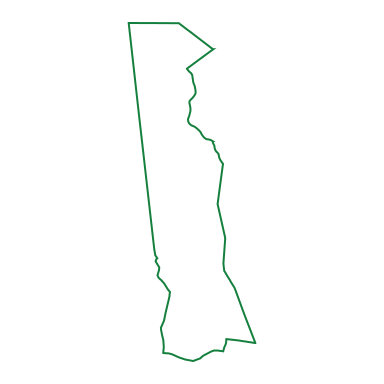 Abu Hamad, River Nile, Sudan
{"feature_id": "16777658B63373210852762", "entity_name": "Abu Hamad", "entity_type": "district", "adm_level": 2, "iso_a3": "SDN", "parent_name": "Sudan", "parent_adm1": "River Nile", "projection": "orthographic", "projection_center": [33.396, 20.198], "detail": "fine", "context": "isolated", "style": "outline", "palette": "green", "viewbox_px": 384, "rotation_deg": 0, "n_neighbors": 0, "source": "geoboundaries", "source_scale": "gbopen_adm2", "svg_char_len": 2259}
<svg xmlns="http://www.w3.org/2000/svg" viewBox="0 0 384 384"><path d="M213.3,49.2L212.9,49.2L192.9,33.9L192.7,33.7L186.8,29.3L178.8,23.2L178.2,23.2L177.0,23.2L174.9,23.2L157.5,23.1L128.7,23.0L128.7,23.3L128.9,24.8L139.4,118.7L142.1,142.2L154.3,249.6L155.3,255.3L157.3,258.3L156.4,259.1L155.6,261.3L159.2,267.3L159.1,269.7L157.5,275.4L158.7,277.9L161.3,280.2L164.2,283.5L168.0,289.6L170.0,292.0L169.5,295.0L169.6,295.8L168.5,300.6L165.5,313.2L165.2,314.8L164.0,320.7L160.9,327.8L161.1,330.0L162.2,335.6L163.3,340.0L163.8,347.1L163.4,351.0L163.2,352.9L163.8,353.1L168.7,353.4L172.1,354.3L178.9,357.4L185.2,359.5L193.1,361.0L200.2,358.4L202.9,355.9L211.0,351.6L214.0,350.5L217.4,350.5L223.2,351.3L223.5,350.1L223.7,349.6L223.9,348.7L224.0,348.2L224.9,345.9L225.5,344.8L226.0,343.1L226.3,340.6L226.3,339.7L226.4,339.1L238.0,340.4L238.7,340.5L251.9,342.5L253.4,342.8L255.3,343.0L255.3,342.9L255.2,342.6L245.2,316.7L242.7,310.0L235.8,291.1L235.7,290.8L234.8,288.5L234.3,287.4L230.9,282.0L230.4,281.1L230.0,280.2L227.4,276.2L225.0,272.0L224.6,271.5L224.3,271.1L224.2,270.7L223.6,265.3L223.4,263.6L223.8,258.0L225.1,240.0L225.2,237.9L219.9,214.3L217.6,204.1L219.7,188.3L223.0,163.8L222.5,163.2L222.1,162.7L220.4,160.1L219.4,158.0L219.0,156.6L218.8,155.2L218.5,154.1L217.9,153.2L217.3,152.5L216.2,151.5L215.7,150.6L215.1,149.6L214.7,148.3L214.5,146.8L214.3,145.5L214.0,144.9L213.6,144.2L213.1,143.3L212.9,141.9L212.2,141.0L212.3,141.0L211.7,140.6L211.4,140.4L211.2,140.3L210.1,139.8L209.0,139.5L207.3,139.3L206.1,139.0L206.0,138.9L205.1,138.3L204.3,137.7L204.1,137.5L202.9,136.1L201.8,134.5L201.3,133.6L200.7,132.3L199.5,130.9L197.8,129.3L196.5,128.1L194.9,126.9L193.3,126.1L193.2,126.1L191.5,125.4L191.3,125.3L189.4,123.7L188.3,121.7L188.0,119.5L188.3,118.3L188.5,117.8L188.6,117.4L189.2,116.0L190.1,112.2L190.3,111.8L190.4,110.4L190.5,108.5L190.3,107.5L190.0,105.4L189.5,103.6L189.4,102.6L189.5,101.6L189.9,100.6L190.6,99.8L192.3,98.2L193.6,96.6L194.8,94.9L195.5,93.5L195.6,91.4L195.3,89.1L194.8,86.7L194.5,85.5L193.6,83.3L193.3,82.3L193.2,81.8L192.8,79.0L192.4,76.5L192.2,75.0L191.7,74.2L191.2,73.3L189.1,71.5L187.9,70.0L187.1,69.0L187.0,68.6L187.9,67.9L190.0,66.4L196.7,61.4L212.2,50.0L212.3,49.9L213.3,49.2Z" fill="none" stroke="#15803d" stroke-width="2"/></svg>